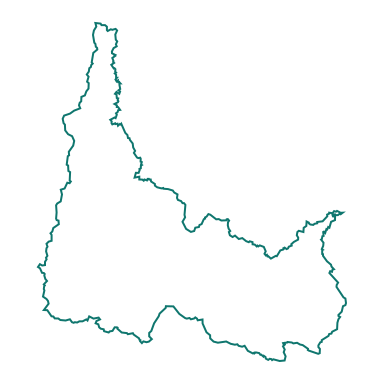 Ban Rai, Uthai Thani, Thailand (orthographic projection)
{"feature_id": "78962969B36547770218976", "entity_name": "Ban Rai", "entity_type": "district", "adm_level": 2, "iso_a3": "THA", "parent_name": "Thailand", "parent_adm1": "Uthai Thani", "projection": "orthographic", "projection_center": [99.463, 15.37], "detail": "fine", "context": "isolated", "style": "outline", "palette": "teal", "viewbox_px": 384, "rotation_deg": 0, "n_neighbors": 0, "source": "geoboundaries", "source_scale": "gbopen_adm2", "svg_char_len": 5917}
<svg xmlns="http://www.w3.org/2000/svg" viewBox="0 0 384 384"><path d="M117.1,30.5L115.6,28.9L112.3,29.8L110.8,29.3L107.7,31.0L106.9,30.1L106.9,26.7L105.0,25.1L101.5,25.1L100.6,23.6L95.4,23.0L96.3,26.6L93.9,30.5L93.0,34.9L94.3,42.7L95.4,43.9L95.8,46.7L97.1,47.9L97.3,49.5L93.3,52.9L91.7,62.4L92.7,63.6L91.3,64.9L90.8,67.1L89.3,68.2L88.8,71.6L86.8,74.5L88.6,76.7L87.1,81.7L88.7,83.1L88.5,88.6L86.3,91.4L84.9,95.4L81.4,96.9L81.2,101.3L79.7,102.8L79.0,105.3L80.2,108.3L74.2,110.6L70.0,113.6L64.1,115.6L62.7,118.8L63.6,123.2L64.9,124.6L65.2,130.4L68.1,134.2L72.1,136.2L74.2,140.9L73.2,145.6L68.8,151.8L69.1,155.3L67.8,156.2L66.7,164.7L68.1,165.5L68.4,171.0L70.1,172.1L69.7,180.6L70.8,181.5L69.6,183.2L67.3,182.7L64.6,188.5L60.8,189.7L62.0,194.4L60.7,201.4L57.2,203.5L56.1,205.3L56.6,212.5L56.1,218.6L56.7,220.1L58.5,220.6L58.8,224.2L53.3,228.0L52.3,231.5L50.5,233.3L51.6,234.9L51.6,240.8L48.7,241.6L46.5,243.8L47.5,246.7L46.5,248.2L46.1,251.4L47.4,255.8L46.0,257.8L46.6,259.3L45.0,261.8L45.0,265.1L42.2,265.5L39.9,264.2L38.0,267.0L40.0,268.3L42.0,272.8L43.8,273.0L44.7,274.0L44.3,275.5L45.3,278.9L47.0,281.0L43.8,284.4L44.8,285.5L44.2,286.2L43.8,289.0L44.4,290.4L43.0,296.6L46.5,299.0L48.0,301.0L48.6,303.7L43.9,310.0L47.3,310.2L51.5,316.3L53.4,316.5L54.7,318.4L58.3,318.5L60.3,320.0L65.6,320.5L69.9,319.3L72.0,322.2L73.7,322.8L74.8,322.2L77.2,322.5L79.4,321.3L82.6,321.3L86.3,319.4L87.5,320.5L89.2,316.4L93.5,318.6L98.6,317.6L100.0,319.4L96.5,321.0L95.6,323.3L98.3,324.3L99.2,327.4L100.8,328.7L103.7,329.3L104.1,331.2L108.7,332.5L109.7,331.4L112.5,330.9L114.7,327.3L116.9,327.3L117.6,327.7L117.4,328.7L121.7,332.5L126.9,333.1L127.8,334.2L132.9,333.2L133.6,334.5L139.1,338.4L139.4,339.7L140.4,340.2L140.1,341.2L141.9,343.1L143.4,341.4L146.5,342.2L148.9,341.6L151.8,339.1L149.2,336.4L149.2,332.9L151.3,331.0L154.1,323.3L158.7,316.3L159.6,313.6L165.7,307.9L165.9,306.2L173.4,306.4L179.3,313.9L185.2,318.1L186.8,318.6L189.5,318.0L190.9,319.3L194.1,318.5L195.3,317.4L197.0,318.6L197.7,320.3L202.5,319.5L202.6,323.5L206.5,332.3L210.1,335.2L210.2,338.4L213.6,341.6L217.9,342.7L226.2,341.5L230.7,343.8L234.8,344.7L237.4,344.3L238.6,345.8L242.1,346.7L244.6,345.8L247.8,350.8L252.8,353.4L254.1,352.7L254.4,353.4L255.8,352.4L259.2,353.1L260.4,354.8L261.2,354.6L263.4,356.6L263.8,355.8L265.5,357.0L265.8,358.6L268.2,359.9L269.7,358.8L271.3,359.1L272.1,360.1L273.3,359.3L279.7,361.0L284.6,360.5L285.6,356.3L283.7,352.2L284.7,349.5L283.0,346.3L284.9,344.5L284.3,343.3L283.5,344.1L283.1,343.1L287.3,342.5L287.5,342.0L291.8,342.5L293.3,343.4L297.1,342.8L300.0,344.5L302.7,345.1L308.0,348.8L307.8,350.0L308.8,350.6L318.2,353.8L319.7,353.2L319.9,348.9L318.4,347.1L318.4,345.4L320.3,342.3L321.7,341.9L321.8,340.1L328.5,335.9L329.2,334.0L331.4,333.6L332.2,331.7L337.1,329.2L337.4,322.8L338.4,319.3L340.1,317.0L338.5,316.0L338.4,315.0L341.7,311.7L343.0,306.2L345.4,305.1L346.0,303.1L345.4,298.5L343.5,297.4L336.5,286.9L336.7,284.9L338.1,282.6L329.4,273.0L330.2,271.2L332.0,271.8L332.5,269.6L333.9,269.2L331.5,266.6L331.0,264.7L327.0,261.3L323.0,255.8L323.0,254.2L322.2,254.0L322.2,250.1L322.8,249.8L321.8,249.1L323.2,245.9L323.5,242.7L321.1,239.6L321.8,239.2L322.4,236.2L323.6,235.9L323.2,232.0L323.9,231.6L325.2,233.0L326.4,229.1L327.2,229.5L328.2,227.0L329.4,227.7L331.1,221.8L335.0,220.1L335.1,216.5L333.0,216.4L332.5,215.0L335.0,214.3L335.7,215.1L337.9,215.1L339.5,213.9L340.6,214.3L342.7,212.7L340.7,212.8L337.0,210.9L336.0,211.7L334.1,211.1L332.6,213.2L329.2,212.7L329.2,213.6L327.1,214.6L327.3,216.3L322.6,221.3L317.2,222.0L317.2,223.3L314.5,223.8L313.3,224.9L310.3,224.5L308.8,223.3L308.8,222.6L306.6,221.5L306.3,226.0L303.7,227.8L303.4,232.0L298.8,230.8L297.4,232.0L296.8,235.3L298.2,237.6L298.1,239.6L293.9,241.9L291.3,244.2L291.7,245.6L288.8,246.7L288.0,248.4L286.6,249.1L284.6,247.6L283.5,248.2L283.9,248.8L283.3,249.5L280.3,250.4L276.8,256.2L275.7,255.9L270.9,258.6L268.0,256.0L267.5,256.3L266.9,254.8L265.9,255.5L264.5,253.8L265.7,251.3L263.8,246.9L259.8,245.4L258.3,246.4L257.4,245.6L256.7,246.4L254.8,244.6L252.6,244.3L252.5,242.1L249.7,241.3L248.8,242.2L246.2,241.2L242.3,238.1L238.8,239.0L235.0,235.6L232.6,237.0L229.9,235.3L228.9,232.0L230.2,231.0L228.6,228.6L227.8,225.3L228.0,222.3L229.1,220.6L227.8,219.1L226.7,219.3L226.5,220.3L221.3,220.5L218.8,219.1L216.2,219.3L210.3,214.7L208.4,214.1L206.6,216.6L205.0,217.5L205.1,218.6L203.8,219.2L201.6,224.1L199.5,225.0L198.9,227.0L195.3,227.7L194.2,231.0L190.9,231.9L186.1,228.9L182.5,221.8L185.1,217.3L184.5,214.9L185.4,204.9L184.0,203.1L182.5,203.1L181.1,201.1L177.9,199.9L177.0,197.9L177.5,194.4L174.2,192.5L172.8,190.5L168.1,189.1L163.4,188.7L163.2,188.0L161.5,188.4L157.2,187.3L154.9,185.6L154.9,184.0L151.1,181.5L150.7,179.5L149.2,179.6L148.9,178.9L147.6,178.9L147.0,180.4L144.4,179.5L143.7,180.7L142.3,179.6L139.3,179.5L139.3,176.7L134.6,177.6L135.9,172.8L138.6,172.9L139.7,170.0L139.4,169.0L140.8,168.3L140.9,165.6L141.9,165.0L141.1,164.4L141.8,162.1L140.6,161.6L140.7,158.7L140.2,157.7L138.3,158.1L137.0,157.5L133.9,152.9L135.1,150.9L133.2,147.5L132.7,143.5L129.9,139.9L129.5,138.2L128.0,138.0L127.4,135.0L125.3,132.9L121.3,123.8L120.8,124.6L119.9,124.0L118.0,125.7L117.5,123.7L115.4,124.1L115.1,123.3L112.3,124.4L111.5,123.1L111.7,121.4L110.3,119.8L114.6,117.5L115.6,118.1L116.8,114.7L116.0,113.3L117.6,112.1L118.2,110.2L120.1,109.9L118.1,107.1L116.8,107.0L116.9,105.4L114.5,104.0L117.9,102.2L118.4,101.2L117.6,100.0L118.2,98.4L116.8,98.0L116.5,94.5L115.0,93.8L116.5,91.9L119.3,93.8L120.1,91.5L118.5,90.3L120.2,89.0L119.4,84.7L119.7,83.4L120.4,83.4L119.2,82.1L118.6,83.4L118.9,81.9L117.4,81.8L117.7,80.5L116.5,81.2L115.5,79.5L116.9,77.8L116.1,77.8L116.1,74.8L114.8,73.4L116.1,72.6L115.2,71.6L115.4,69.2L114.5,68.2L113.8,68.5L111.3,64.8L114.1,62.9L113.1,61.9L113.5,61.1L112.3,58.0L115.2,55.9L114.6,55.3L115.2,54.9L112.0,53.3L111.9,51.5L113.6,48.1L116.7,46.3L115.9,44.3L117.2,41.4L115.8,39.7L115.3,34.5L117.1,30.5Z" fill="none" stroke="#0f766e" stroke-width="2"/></svg>